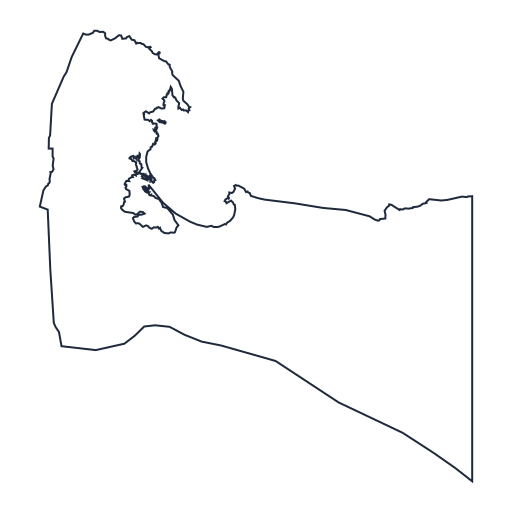 Kota Jayapura, Papua, Indonesia (Robinson projection)
{"feature_id": "22746128B85346986276333", "entity_name": "Kota Jayapura", "entity_type": "district", "adm_level": 2, "iso_a3": "IDN", "parent_name": "Indonesia", "parent_adm1": "Papua", "projection": "robinson", "projection_center": [140.72, -2.651], "detail": "fine", "context": "isolated", "style": "outline", "palette": "slate", "viewbox_px": 512, "rotation_deg": 0, "n_neighbors": 0, "source": "geoboundaries", "source_scale": "gbopen_adm2", "svg_char_len": 6015}
<svg xmlns="http://www.w3.org/2000/svg" viewBox="0 0 512 512"><path d="M59.0,332.1L61.5,346.2L95.7,350.1L124.4,343.7L134.8,335.7L144.2,326.5L155.1,325.3L169.5,326.8L184.6,334.8L201.6,341.6L221.1,345.5L275.6,361.0L338.7,402.5L402.6,432.8L433.3,452.7L455.2,468.0L472.2,481.3L472.2,196.2L467.7,196.5L466.8,197.1L462.0,196.6L447.4,199.9L441.3,200.5L429.2,199.2L426.2,202.0L426.5,203.0L422.6,203.8L420.6,205.5L417.5,206.7L413.1,207.1L412.9,207.9L408.9,208.6L404.7,208.4L402.8,209.5L400.0,209.2L399.6,210.0L391.4,204.8L389.2,204.4L389.2,205.6L387.0,207.3L384.6,210.7L385.5,214.8L385.3,218.5L379.9,219.1L379.3,220.4L378.0,220.7L374.8,219.6L369.6,216.3L345.7,210.0L322.8,207.9L294.6,203.3L264.6,199.6L257.9,198.1L250.9,195.9L249.8,193.1L248.3,192.6L247.6,191.5L246.1,192.1L244.1,188.6L238.4,185.6L236.4,185.6L235.8,185.0L234.0,186.0L235.1,188.7L233.2,192.2L231.9,193.0L229.3,192.5L229.4,194.0L227.9,196.4L229.0,198.1L228.7,198.6L228.1,197.9L225.5,199.4L224.6,201.1L226.0,201.8L226.5,203.2L231.0,200.6L233.1,202.7L233.8,204.5L234.8,204.8L235.3,209.1L234.2,214.9L233.0,217.5L230.2,220.7L226.9,222.9L226.0,224.4L225.0,224.0L219.4,226.6L217.2,227.0L213.7,227.0L211.5,225.8L206.7,226.9L196.8,224.5L189.9,221.6L175.7,213.6L163.0,202.7L148.5,184.7L148.9,186.9L146.5,192.3L146.9,192.5L148.3,189.7L149.0,187.2L149.6,188.3L148.8,188.7L148.1,191.1L148.4,192.0L149.4,192.2L148.6,193.0L149.3,194.9L150.1,195.4L150.9,194.9L150.8,195.4L153.7,196.0L155.6,198.0L158.8,199.0L161.7,202.9L163.0,207.0L167.3,208.1L172.8,214.5L174.5,220.0L178.4,225.3L176.6,227.4L175.0,232.1L174.3,232.7L170.4,232.5L168.5,233.4L164.4,233.0L161.3,230.9L160.3,228.7L159.3,228.7L159.5,228.1L158.9,228.4L157.8,226.8L156.2,227.6L153.9,227.3L151.8,228.8L149.3,227.7L147.9,226.0L146.1,225.4L142.9,226.9L139.6,223.8L137.7,223.1L136.0,223.5L134.2,221.5L132.9,218.2L134.0,217.0L137.5,216.5L138.9,214.8L141.9,214.6L144.6,213.6L143.1,212.2L140.1,211.6L137.0,214.3L135.1,214.5L133.1,213.0L124.9,211.8L121.7,209.3L121.3,207.9L120.1,207.6L121.1,207.7L121.2,206.3L122.6,206.1L123.7,204.5L124.0,202.2L125.0,201.7L124.0,198.5L125.5,197.3L129.0,196.6L129.7,194.5L129.4,190.9L126.0,189.0L125.5,187.7L126.4,186.6L126.3,184.9L125.2,185.1L124.6,184.1L126.4,180.9L129.1,181.1L128.5,180.2L128.9,178.8L131.5,177.2L132.9,177.1L132.1,175.4L133.9,174.6L135.9,175.5L135.8,174.6L137.1,174.0L136.9,172.7L135.2,172.5L134.4,171.4L136.9,170.6L137.6,169.4L136.5,166.8L136.0,167.0L136.7,166.5L135.9,164.6L136.2,162.5L133.5,160.9L132.5,161.0L131.2,158.8L130.6,158.9L128.7,158.1L129.8,158.2L129.7,157.6L130.7,156.8L133.0,155.9L133.8,158.0L134.3,156.8L135.2,157.6L135.7,157.3L136.1,158.4L136.4,156.8L137.8,157.8L137.9,156.4L138.5,156.6L138.1,155.8L138.8,155.8L138.7,156.7L139.3,155.7L139.6,153.5L140.0,154.0L139.7,157.8L138.0,160.0L138.4,160.8L139.6,161.2L139.9,163.5L141.3,164.1L141.5,167.0L142.4,167.7L138.0,173.8L140.3,173.1L140.9,173.9L143.8,173.8L144.3,175.2L143.4,175.6L142.6,174.8L141.8,176.5L143.7,178.4L143.1,178.6L146.4,179.9L147.3,179.1L147.6,179.7L147.8,178.9L145.3,177.6L145.5,176.4L144.6,175.9L145.4,175.0L145.4,175.7L146.2,175.6L145.7,177.4L147.5,177.7L146.9,176.3L147.8,176.2L148.5,177.9L149.4,177.6L150.0,175.5L150.8,175.7L150.9,177.8L149.4,178.2L148.7,179.4L151.5,179.3L151.5,180.9L150.5,180.6L150.4,181.6L151.7,181.2L153.2,182.8L154.1,182.2L154.2,180.4L155.3,180.1L154.4,178.2L153.4,177.9L150.3,173.4L148.0,168.4L146.2,162.1L146.2,156.8L147.6,151.4L150.5,149.3L150.7,147.2L152.1,146.7L153.0,144.0L154.4,144.6L155.1,144.0L154.9,143.0L155.5,143.1L155.2,142.1L156.1,141.1L155.7,140.6L156.2,141.0L156.4,140.7L155.7,140.5L156.3,138.0L157.5,137.7L158.5,136.0L157.7,133.7L156.9,133.9L156.5,133.4L156.6,131.7L155.4,131.2L154.9,131.6L154.2,130.6L153.5,131.0L153.9,130.7L153.3,130.4L153.8,130.4L153.6,129.6L154.5,129.9L155.2,129.0L155.3,127.7L156.4,126.9L156.7,124.1L155.9,123.5L152.8,123.7L152.8,122.9L152.0,122.3L152.1,120.9L151.0,119.9L149.7,121.2L148.2,119.9L144.6,119.6L143.8,115.7L144.1,114.1L143.4,113.8L143.5,112.9L145.9,111.3L149.1,113.4L149.9,112.4L153.2,111.5L155.1,108.7L155.9,108.8L157.0,107.6L157.9,107.7L158.5,107.1L161.6,108.6L164.3,108.2L164.7,106.2L163.9,105.6L164.5,105.1L163.5,104.8L163.8,102.4L164.4,101.7L164.3,100.4L162.5,98.6L164.0,97.2L166.2,97.2L166.7,94.8L167.6,94.4L167.3,93.4L168.5,93.2L168.5,91.2L168.8,90.9L169.0,91.8L169.8,90.6L170.7,86.9L171.8,88.6L172.5,95.3L174.0,97.4L174.6,97.1L175.4,97.9L176.4,100.3L179.2,103.2L178.3,107.1L178.4,108.5L179.8,107.7L181.6,109.9L183.1,109.5L183.7,110.4L186.0,110.4L188.0,112.0L188.1,110.6L189.4,110.3L188.7,108.4L190.1,107.2L189.0,106.8L187.4,104.3L183.5,100.9L182.8,98.8L183.4,91.8L180.5,85.9L178.8,80.8L172.7,75.1L172.1,73.1L172.3,71.6L169.7,66.8L169.7,64.7L168.4,64.4L166.0,61.4L164.3,61.1L159.1,58.3L158.3,54.4L159.7,53.0L159.6,52.3L158.9,52.1L156.7,54.5L154.8,54.2L152.7,53.0L151.8,51.2L149.1,48.6L149.1,48.0L150.6,47.2L150.3,46.8L147.5,47.3L145.9,46.8L143.4,44.1L141.6,43.9L140.6,42.9L137.4,43.2L137.1,42.8L136.2,43.5L134.4,40.2L131.7,39.7L129.3,36.1L126.8,37.2L126.1,38.4L122.3,38.8L121.2,35.6L119.0,35.2L115.1,38.3L110.8,40.4L108.9,39.7L108.1,38.8L106.1,38.4L105.1,35.9L105.2,33.3L103.2,31.8L99.5,32.0L97.3,30.8L94.8,30.7L94.2,30.8L92.9,32.8L88.6,34.6L85.8,34.6L83.2,33.5L71.7,57.0L66.5,72.2L63.6,76.8L51.9,103.8L50.1,135.4L48.9,138.0L48.7,148.6L52.6,148.6L52.6,156.5L53.6,158.5L52.7,165.5L53.5,169.4L52.1,171.8L50.4,172.1L50.7,173.2L49.5,179.1L49.8,181.5L49.3,183.0L48.3,183.6L47.8,185.4L45.8,186.6L43.4,190.4L39.8,206.6L47.7,209.6L50.3,269.5L53.8,323.0L55.6,327.0L59.0,332.1ZM160.0,120.3L159.5,119.5L157.9,120.4L159.6,122.1L162.4,122.5L164.9,123.7L165.6,123.0L165.6,122.2L164.5,121.1L163.2,121.3L160.0,120.3ZM147.5,188.7L145.2,186.5L144.1,186.2L142.5,186.9L143.3,188.9L145.2,187.5L146.1,188.2L145.2,190.0L143.9,189.0L143.6,189.3L144.7,190.7L145.7,190.7L145.3,191.5L145.9,191.9L147.5,188.7ZM156.6,127.0L155.5,129.3L155.0,129.6L156.5,129.4L157.2,127.3L156.6,127.0ZM157.4,137.9L156.6,138.0L156.4,140.5L156.8,140.8L157.3,140.0L156.8,138.8L157.4,138.8L157.4,137.9Z" fill="none" stroke="#1e293b" stroke-width="2"/></svg>